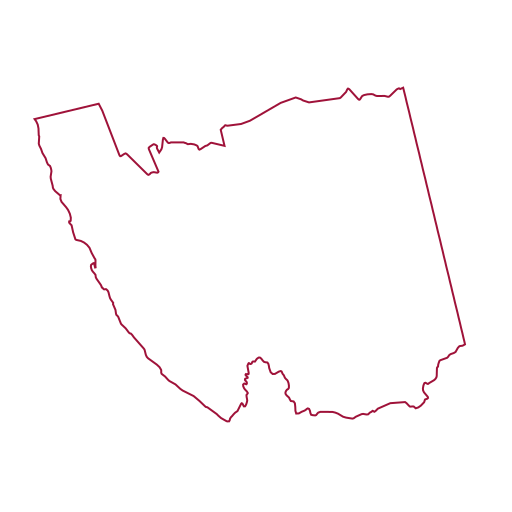 the border of Karas, rotated 346°
{"feature_id": "NAM-3338", "entity_name": "Karas", "entity_type": "Region", "adm_level": 1, "iso_a3": "NAM", "parent_name": "Namibia", "parent_adm1": "", "projection": "equal_earth", "projection_center": [17.311, -26.98], "detail": "fine", "context": "isolated", "style": "outline", "palette": "rose", "viewbox_px": 512, "rotation_deg": 346, "n_neighbors": 0, "source": "natural_earth", "source_scale": "10m", "svg_char_len": 6046}
<svg xmlns="http://www.w3.org/2000/svg" viewBox="0 0 512 512"><g transform="rotate(346 256 256)"><path d="M245.8,375.0L243.6,374.5L242.1,372.3L241.7,367.9L241.9,365.8L241.9,363.7L241.3,362.1L239.5,361.4L238.2,360.7L237.2,359.0L236.4,357.1L235.5,355.7L234.7,355.3L234.0,355.2L232.6,355.7L231.8,356.1L229.4,358.2L227.6,357.6L226.8,357.9L225.8,359.2L224.9,359.5L224.2,359.4L223.5,358.4L223.0,358.2L222.5,358.6L221.3,360.2L221.1,360.5L220.6,367.9L220.1,368.8L219.8,368.8L219.4,368.5L218.2,368.5L217.9,368.2L217.7,368.1L217.2,368.5L217.1,369.1L217.3,369.5L218.5,371.4L218.5,372.1L217.5,372.4L216.0,372.4L215.6,372.7L215.3,373.6L215.5,374.3L216.1,375.2L216.5,376.3L216.3,377.5L215.7,378.1L215.0,377.8L214.3,377.2L213.7,376.9L212.4,377.6L212.1,379.3L212.4,381.2L212.9,382.6L214.4,385.3L214.9,387.0L214.1,387.8L213.1,388.6L212.8,390.5L212.7,392.6L212.5,394.2L211.7,395.8L210.5,397.7L209.1,399.2L207.9,399.0L207.6,398.1L207.4,397.0L207.1,395.9L206.5,395.4L205.8,395.8L200.5,402.0L197.8,403.0L195.9,404.2L194.0,405.6L192.8,406.3L191.5,407.5L190.8,408.9L189.9,409.9L188.0,409.5L187.2,408.9L182.9,404.8L180.8,401.8L179.7,399.9L172.2,391.0L170.9,390.4L170.4,389.8L166.1,383.0L161.6,376.8L152.3,368.8L150.4,366.6L146.8,361.1L141.7,356.3L140.8,355.0L138.6,350.9L136.3,348.0L135.9,347.4L135.8,346.3L136.3,344.4L136.4,343.5L135.5,340.5L133.5,337.4L126.5,329.1L125.6,327.4L125.2,325.2L125.2,320.3L125.1,319.6L124.6,318.4L117.9,305.5L116.7,302.5L115.8,301.0L114.7,300.4L114.1,299.5L112.0,294.6L109.1,290.1L108.6,289.1L107.6,281.7L107.2,280.8L106.8,280.1L106.3,279.4L106.2,278.2L106.6,274.3L105.6,268.2L106.1,266.9L104.7,263.4L104.2,261.6L104.1,259.5L104.1,255.5L103.7,253.7L102.6,252.0L102.1,251.8L100.8,251.7L100.2,251.4L100.0,251.0L99.5,250.0L99.0,249.1L98.8,249.1L98.6,247.0L98.0,245.3L95.8,239.6L95.4,238.0L95.7,235.4L94.9,233.6L93.9,231.7L93.3,230.1L93.1,227.9L93.3,226.0L93.9,224.7L94.9,224.2L95.7,224.0L96.4,223.6L96.9,223.7L97.1,224.6L97.1,228.2L97.6,228.2L97.9,226.3L99.2,221.4L99.3,220.4L98.8,219.1L97.3,213.4L96.4,207.7L94.7,204.2L92.4,201.3L89.7,199.0L85.5,196.9L84.8,196.1L84.3,188.7L84.5,181.6L83.0,179.0L82.8,178.3L83.1,177.2L83.5,177.2L84.0,177.4L84.7,177.0L85.6,174.0L85.6,170.0L84.8,165.9L83.6,162.8L80.4,156.4L80.0,153.3L81.1,149.8L80.6,149.8L76.9,144.6L75.7,142.0L75.5,140.9L75.5,140.1L75.7,138.8L75.6,131.3L75.9,129.4L78.0,124.4L78.2,122.9L78.2,120.7L77.9,118.8L76.3,116.9L75.8,114.5L75.5,110.2L73.7,104.4L73.3,100.0L72.5,96.5L72.4,94.5L74.6,87.5L74.4,86.3L75.8,79.6L76.0,75.7L75.3,72.1L74.3,69.6L74.5,69.6L140.2,70.2L142.0,77.8L147.8,124.6L148.0,125.6L148.4,126.3L149.0,126.4L149.8,126.2L152.5,125.2L153.4,125.0L154.3,124.9L155.1,125.6L155.8,126.6L170.2,150.2L171.1,151.2L172.1,151.1L173.0,150.7L173.9,150.0L175.3,149.8L177.1,149.9L180.3,151.3L181.3,151.1L181.8,150.6L178.0,127.0L177.9,126.0L178.0,125.2L178.6,124.7L179.3,124.3L182.9,123.0L183.8,122.8L184.6,123.2L185.3,123.8L186.0,124.5L186.5,125.2L186.6,125.6L186.2,126.3L186.0,126.9L186.0,127.8L187.1,132.2L190.0,129.6L191.2,127.7L193.8,120.6L194.7,119.0L195.3,119.2L195.9,120.1L197.6,124.0L198.2,125.0L198.7,125.3L199.7,125.4L200.9,125.2L213.4,128.3L213.9,128.8L215.1,129.4L216.9,131.0L219.9,131.4L223.1,132.8L225.1,134.3L225.8,135.1L226.0,136.3L226.1,137.5L226.3,138.5L226.8,139.1L228.1,138.9L233.4,137.0L235.5,136.9L239.3,135.3L240.3,135.4L252.1,141.5L252.3,125.0L253.9,123.8L256.0,122.8L257.2,122.0L257.7,121.7L258.2,121.8L258.9,122.3L259.9,122.7L273.5,124.3L282.8,123.3L317.0,113.4L332.9,111.8L337.7,114.9L339.3,116.5L344.6,119.8L375.5,123.1L376.6,122.7L383.1,118.6L384.6,116.7L385.1,116.2L385.8,115.8L386.4,116.3L386.9,116.8L393.0,128.3L393.7,129.2L394.3,129.4L395.1,128.9L397.3,126.8L397.9,126.4L399.8,126.0L403.2,126.1L407.1,126.8L408.8,127.5L410.5,129.1L411.6,129.8L412.7,130.2L419.5,131.8L422.5,133.4L423.4,133.6L424.9,133.0L432.8,128.4L433.9,128.1L435.3,127.9L436.3,128.9L439.5,128.3L439.5,132.4L439.5,137.7L439.4,143.0L439.4,148.3L439.4,153.6L439.3,159.0L439.3,164.3L439.3,169.6L439.2,174.9L439.2,180.2L439.1,185.5L439.1,190.8L439.1,196.1L439.0,201.4L439.0,206.7L438.9,212.0L438.9,217.2L438.9,222.5L438.8,227.8L438.8,233.1L438.7,238.4L438.7,243.7L438.7,249.0L438.6,254.2L438.6,259.5L438.5,264.8L438.5,270.1L438.4,275.3L438.4,280.6L438.4,285.9L438.3,291.2L438.3,296.4L438.2,301.7L438.2,307.0L438.1,312.2L438.1,317.5L438.1,322.8L438.0,328.0L438.0,333.3L437.9,338.5L437.9,343.8L437.8,349.1L437.8,354.3L437.8,359.6L437.7,364.8L437.7,370.1L437.6,375.3L437.6,380.6L437.5,385.8L437.5,389.5L437.4,392.3L435.2,392.9L434.5,393.0L432.2,392.7L431.4,392.8L429.6,394.0L426.4,397.4L424.4,398.0L421.0,398.3L419.4,399.0L418.0,400.3L416.8,401.0L409.8,401.7L409.1,401.9L408.4,402.4L408.0,403.1L407.5,403.8L406.9,404.8L406.5,405.5L405.9,407.2L405.5,407.6L404.8,407.9L404.4,408.7L402.3,416.2L401.6,417.5L400.3,418.7L398.9,419.5L393.2,421.2L392.2,421.7L391.5,421.6L389.8,420.0L388.8,420.0L387.9,421.0L387.1,422.2L385.9,424.9L385.6,426.8L386.0,428.9L388.6,434.2L388.6,435.3L387.7,435.9L385.4,436.1L385.0,436.5L384.2,437.9L383.7,438.6L379.7,441.1L376.8,442.2L374.1,442.4L372.9,440.6L372.6,440.2L371.8,439.9L369.4,439.5L368.9,439.3L368.2,438.3L366.4,435.1L365.3,433.8L350.7,431.3L337.3,433.6L334.7,435.2L333.2,435.8L332.9,435.6L332.1,434.7L331.7,434.4L331.4,434.5L330.7,435.0L330.4,435.1L329.0,435.4L328.2,435.7L327.7,436.1L326.3,436.8L324.6,436.4L321.7,435.1L320.1,435.0L314.0,436.1L311.5,437.1L310.2,437.1L304.3,434.6L301.6,433.0L297.4,428.8L295.0,427.1L292.5,425.8L280.8,422.8L278.6,423.0L277.8,423.4L276.4,424.5L275.8,424.9L274.9,425.0L272.6,424.2L271.1,423.4L270.8,421.5L270.9,419.2L270.5,417.2L269.4,416.4L268.2,416.7L266.9,417.4L265.5,417.8L262.6,418.2L259.5,419.1L256.9,418.6L256.8,415.8L257.6,411.9L258.1,408.3L257.3,406.2L254.7,405.1L254.2,403.5L253.8,401.4L251.9,398.5L251.3,396.8L251.6,395.4L252.5,394.2L253.7,393.2L254.9,392.9L256.0,391.9L256.6,389.7L256.8,387.2L256.6,385.2L256.3,384.1L255.2,382.4L254.7,381.4L254.4,380.2L254.3,379.3L254.1,378.3L253.5,377.2L253.2,376.3L253.1,375.1L252.8,374.1L252.1,373.6L250.2,373.7L245.8,375.0Z" fill="none" stroke="#9f1239" stroke-width="2"/></g></svg>